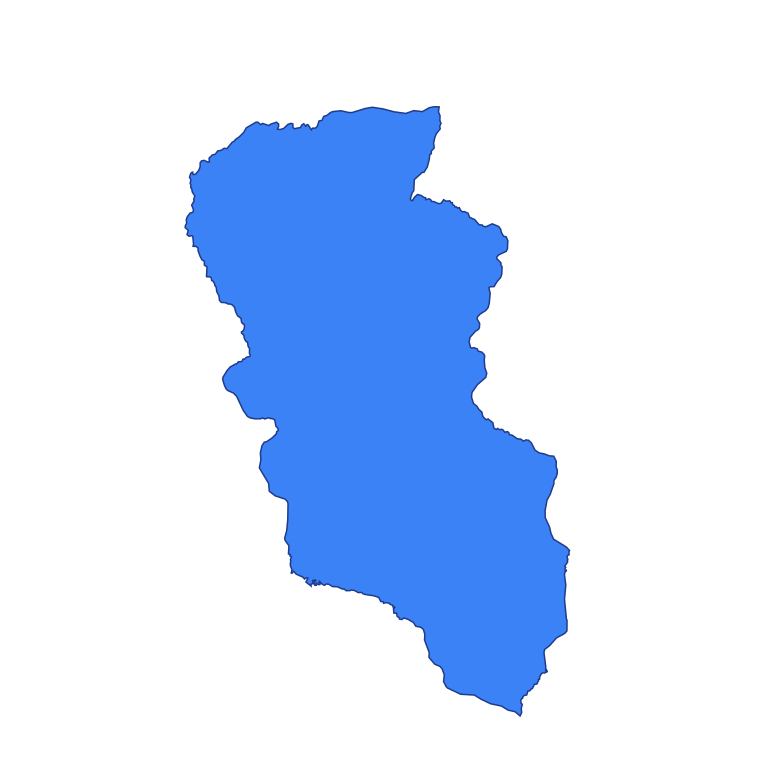 outline of Lom Kao, Phetchabun, Thailand, rotated 286°
{"feature_id": "78962969B1272323537796", "entity_name": "Lom Kao", "entity_type": "district", "adm_level": 2, "iso_a3": "THA", "parent_name": "Thailand", "parent_adm1": "Phetchabun", "projection": "mercator", "projection_center": [101.252, 16.992], "detail": "fine", "context": "isolated", "style": "filled", "palette": "blue", "viewbox_px": 768, "rotation_deg": 286, "n_neighbors": 0, "source": "geoboundaries", "source_scale": "gbopen_adm2", "svg_char_len": 6159}
<svg xmlns="http://www.w3.org/2000/svg" viewBox="0 0 768 768"><g transform="rotate(286 384 384)"><path d="M133.6,502.6L128.7,509.9L128.0,515.5L126.4,518.2L121.1,522.1L114.4,523.3L110.3,527.1L109.3,528.8L106.9,543.2L109.9,556.6L107.7,564.4L106.0,574.8L106.8,585.6L104.7,593.2L105.1,600.3L102.4,606.3L106.3,606.9L109.8,605.4L114.2,605.2L114.9,603.8L117.5,602.7L119.5,603.1L120.1,603.9L121.8,603.7L123.4,604.8L124.4,606.9L128.4,606.9L129.2,608.6L131.6,609.7L132.1,610.6L137.0,611.4L137.2,612.8L138.4,614.0L140.0,613.7L141.2,614.4L142.6,613.8L143.1,614.9L145.5,614.4L149.1,615.2L150.2,616.6L150.5,618.3L152.4,618.9L151.9,619.8L152.5,620.2L154.1,619.0L153.8,618.2L154.4,617.9L155.9,617.8L169.9,611.8L173.2,611.6L178.1,615.3L187.5,619.8L194.2,626.6L197.1,627.9L207.2,625.1L208.7,624.0L226.9,616.8L240.8,614.2L250.5,610.0L253.1,609.9L254.7,610.8L255.3,610.4L254.8,609.6L256.4,608.8L257.9,609.2L258.6,607.9L263.5,609.6L264.8,608.9L265.7,609.2L268.4,607.5L269.7,607.6L270.8,609.0L273.6,608.0L275.0,608.3L277.5,604.3L281.6,589.8L286.4,585.7L292.0,582.6L300.0,575.8L306.5,573.8L317.3,572.7L324.0,574.2L335.1,574.8L338.1,573.9L341.9,575.2L345.8,575.2L349.3,574.2L351.5,572.4L357.2,570.9L361.4,567.1L360.5,562.4L361.0,557.0L360.5,552.3L362.0,547.5L368.1,541.8L369.8,538.3L369.2,535.5L367.5,534.1L368.7,530.8L368.1,527.0L370.0,521.8L370.0,518.4L371.8,517.2L372.2,515.5L370.9,513.5L372.7,511.0L372.9,509.5L371.9,507.7L372.6,505.4L371.2,504.4L371.8,501.9L376.8,499.3L379.1,493.6L377.8,492.1L379.2,489.2L380.6,487.6L384.0,485.8L385.8,482.1L388.4,479.2L389.9,475.4L395.4,471.8L400.0,470.9L409.0,473.9L418.4,480.0L422.7,479.8L427.5,476.4L434.9,473.7L438.6,473.1L440.2,471.9L441.6,469.3L441.6,465.5L443.5,463.9L443.7,460.4L442.7,458.4L443.0,457.1L448.0,454.2L452.5,453.8L459.8,457.3L462.5,459.7L464.3,460.2L468.5,459.3L472.3,455.5L474.5,455.4L477.8,457.2L482.9,461.7L486.2,463.0L490.8,462.9L500.3,461.1L505.5,458.3L506.6,459.0L508.0,463.0L513.2,464.3L518.6,466.8L522.2,466.9L529.2,465.2L530.9,463.4L532.6,463.1L535.7,457.8L537.0,457.3L539.9,458.8L545.2,464.9L548.0,465.4L555.9,463.5L559.2,460.8L559.0,458.1L562.4,454.8L564.7,453.7L567.0,450.9L567.8,443.9L563.4,438.8L562.9,436.0L563.9,434.6L563.3,431.5L567.0,426.0L567.8,420.4L571.3,417.7L571.9,414.2L571.2,411.7L571.9,409.9L574.3,407.8L573.4,406.2L574.2,404.8L573.6,403.7L574.9,402.4L575.4,400.5L577.2,399.7L576.9,398.1L578.2,396.8L576.9,393.3L577.6,390.5L573.6,389.2L572.4,386.9L573.1,381.6L572.6,379.2L573.8,378.4L574.5,376.4L572.7,373.4L574.6,372.6L574.3,371.1L575.5,367.6L575.4,364.0L571.9,361.8L568.0,360.7L568.2,359.0L569.3,358.4L571.4,358.3L575.3,358.4L578.2,359.3L588.8,356.8L597.9,362.4L598.5,364.1L604.7,365.8L612.5,365.6L617.0,364.8L618.4,366.0L620.9,365.3L624.8,367.2L629.2,365.3L635.1,364.9L639.4,365.4L644.7,367.7L647.3,366.5L650.2,367.0L652.6,365.1L657.4,363.9L660.5,361.4L665.6,360.6L664.4,355.9L662.1,351.4L656.4,345.8L655.0,337.3L650.1,330.4L648.4,318.5L648.2,307.4L646.8,296.5L643.6,289.9L636.2,278.6L635.3,275.7L634.8,267.3L631.8,259.8L630.1,257.6L626.7,255.3L624.6,252.3L620.3,251.7L619.0,249.1L613.0,248.8L610.9,247.3L610.3,244.9L608.3,244.1L612.2,239.6L612.2,238.6L610.2,237.7L612.1,235.2L610.4,233.6L607.5,233.0L604.7,227.4L605.5,225.8L609.0,224.6L608.9,222.7L607.2,220.2L602.0,217.1L600.0,214.1L599.6,211.4L602.7,211.7L604.9,211.0L606.0,208.4L602.4,203.3L600.7,202.1L601.0,195.4L599.3,193.9L600.9,190.6L600.5,188.9L592.4,181.1L586.9,179.7L581.2,176.4L578.1,173.8L576.1,173.1L574.5,171.4L566.9,168.1L566.6,165.4L563.7,163.0L562.2,159.9L558.4,158.5L556.8,155.8L552.9,153.6L549.4,154.9L548.8,153.5L549.4,149.4L548.2,147.1L546.0,146.3L542.0,147.4L538.1,147.0L533.9,145.1L532.8,143.0L533.3,142.2L534.9,141.8L534.3,140.8L532.8,140.1L528.9,140.1L527.2,142.1L523.3,142.4L522.3,143.4L519.4,144.2L518.6,145.4L515.7,146.8L512.6,150.3L508.9,150.2L507.7,151.0L502.9,149.8L498.9,152.9L496.5,152.9L494.7,150.4L490.9,148.9L487.5,148.6L484.2,150.0L481.5,149.4L479.6,149.7L477.7,153.5L473.3,153.5L472.3,155.8L473.6,158.4L473.2,159.5L466.1,162.3L463.7,162.5L464.5,165.5L463.4,167.8L460.9,168.5L456.2,171.9L453.3,174.6L452.4,177.5L448.7,178.6L447.8,181.6L438.5,183.7L438.2,184.3L439.1,186.9L438.5,188.6L436.0,189.8L435.8,191.3L433.9,193.3L431.9,194.4L430.8,196.0L426.6,197.8L423.4,200.9L418.9,202.9L417.6,205.1L418.5,209.6L417.9,211.7L418.5,214.4L418.1,216.6L416.4,219.3L412.5,221.5L409.1,224.6L407.7,228.4L404.2,230.0L403.0,231.4L402.8,233.1L400.7,234.1L397.9,234.3L395.8,233.7L394.7,232.6L393.7,233.0L392.3,235.7L389.0,237.4L386.8,239.7L386.6,241.3L382.7,243.0L381.0,245.0L376.3,246.2L374.9,247.5L373.6,247.5L371.8,244.4L369.4,243.0L369.1,241.6L366.5,241.2L365.1,237.8L363.0,237.1L362.2,235.6L358.0,231.5L353.8,229.5L346.0,227.3L343.5,227.9L338.7,231.0L335.8,233.5L334.7,235.5L333.8,241.8L331.6,245.7L319.7,256.1L315.2,261.7L314.5,264.8L315.0,269.8L316.6,275.0L318.0,276.8L317.5,278.9L319.9,282.7L319.4,284.5L320.0,285.8L319.4,288.9L313.8,291.6L312.0,294.3L310.3,295.2L308.4,293.9L306.6,294.3L301.3,291.3L296.3,287.2L295.0,284.9L290.8,283.7L283.4,284.2L277.5,286.5L269.0,287.3L256.6,300.5L249.3,303.3L246.5,310.2L246.1,320.7L244.3,323.7L242.3,324.8L227.0,328.9L216.1,330.9L208.4,331.0L206.4,332.1L202.3,337.2L194.3,339.0L194.3,340.7L192.9,340.9L192.5,342.6L189.2,342.5L187.7,343.4L186.1,343.3L183.6,344.1L180.0,346.8L176.7,346.9L176.7,347.7L179.1,348.8L177.0,352.0L176.0,359.3L174.6,361.3L176.0,362.3L176.5,364.4L172.1,363.5L169.7,369.6L171.3,368.9L172.6,370.8L175.4,369.5L176.7,371.9L176.4,372.7L175.1,371.5L172.6,371.7L171.4,373.2L171.9,374.3L173.8,373.7L173.0,376.2L173.6,377.7L175.0,377.4L175.1,376.0L176.5,376.3L174.7,379.4L174.0,382.1L175.9,383.8L176.3,386.2L175.1,390.2L176.2,395.3L175.4,400.7L175.9,402.1L174.9,404.7L176.1,408.5L176.9,409.1L177.4,412.3L176.4,416.7L177.5,420.2L176.6,421.4L176.5,424.0L177.6,432.6L177.4,437.8L174.0,440.8L174.5,443.2L173.1,444.1L174.4,446.2L174.7,449.6L173.8,450.7L173.7,453.3L172.2,454.2L172.9,454.4L172.3,456.0L170.2,455.2L166.5,456.6L167.1,459.3L164.2,460.7L163.5,463.2L162.3,463.6L162.5,466.1L164.6,467.6L164.4,471.9L162.9,477.9L159.9,481.4L160.3,486.4L159.0,489.5L154.5,492.3L149.1,493.5L138.3,501.5L133.6,502.6Z" fill="#3b82f6" stroke="#1e3a8a" stroke-width="1.5"/></g></svg>